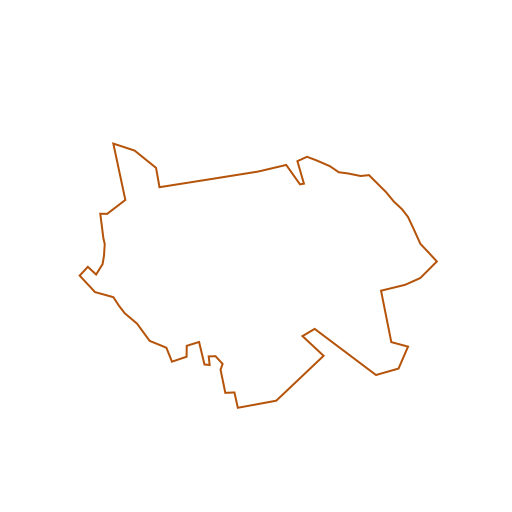 Nam-gu [South District], Busan, South Korea, rotated 313°
{"feature_id": "91817680B11476058556898", "entity_name": "Nam-gu [South District]", "entity_type": "district", "adm_level": 2, "iso_a3": "KOR", "parent_name": "South Korea", "parent_adm1": "Busan", "projection": "mercator", "projection_center": [129.093, 35.125], "detail": "fine", "context": "isolated", "style": "outline", "palette": "amber", "viewbox_px": 512, "rotation_deg": 313, "n_neighbors": 0, "source": "geoboundaries", "source_scale": "gbopen_adm2", "svg_char_len": 967}
<svg xmlns="http://www.w3.org/2000/svg" viewBox="0 0 512 512"><g transform="rotate(313 256 256)"><path d="M240.9,75.0L207.9,122.2L185.3,118.4L180.7,113.3L164.8,132.4L161.6,137.2L152.7,144.5L145.5,149.3L133.4,151.7L133.4,140.4L121.4,140.4L119.8,162.9L128.6,179.8L127.5,184.2L126.2,189.5L124.6,199.1L125.4,215.2L121.4,236.1L127.8,253.0L121.4,266.6L135.0,273.9L143.1,266.6L154.3,273.0L141.5,292.3L144.7,296.4L150.3,289.9L155.1,294.7L154.3,305.2L148.7,307.6L135.0,326.9L141.5,333.3L132.6,346.2L164.0,369.5L229.1,373.5L229.1,344.6L242.7,348.6L250.8,424.9L270.9,437.0L293.4,429.0L285.3,413.7L315.9,371.1L336.8,384.8L352.0,391.2L375.3,392.0L376.2,380.7L377.0,367.9L383.4,352.6L388.2,340.6L389.8,330.9L389.8,319.7L391.4,307.6L392.2,283.5L385.8,277.9L379.4,267.4L373.7,259.4L372.1,248.9L367.3,235.3L363.3,225.6L353.6,221.6L341.6,241.7L338.4,239.3L343.2,216.0L319.1,199.9L240.5,138.5L252.3,122.8L250.3,95.3L240.9,75.0Z" fill="none" stroke="#b45309" stroke-width="2"/></g></svg>